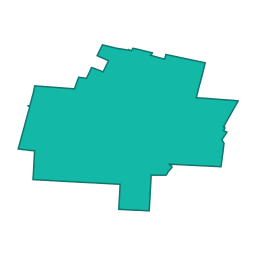 Dor Marunt, Calarasi, Romania, rotated 183°
{"feature_id": "2599482B33848106941365", "entity_name": "Dor Marunt", "entity_type": "district", "adm_level": 2, "iso_a3": "ROU", "parent_name": "Romania", "parent_adm1": "Calarasi", "projection": "robinson", "projection_center": [27.015, 44.463], "detail": "fine", "context": "isolated", "style": "filled", "palette": "teal", "viewbox_px": 256, "rotation_deg": 183, "n_neighbors": 0, "source": "geoboundaries", "source_scale": "gbopen_adm2", "svg_char_len": 3846}
<svg xmlns="http://www.w3.org/2000/svg" viewBox="0 0 256 256"><g transform="rotate(183 128 128)"><path d="M157.9,209.7L159.2,206.5L160.4,203.9L161.1,202.1L161.6,201.0L162.6,198.6L161.5,198.2L160.2,197.7L158.9,197.2L158.1,196.9L156.8,196.4L155.7,196.0L154.6,195.6L153.0,194.9L151.8,194.5L150.9,194.1L151.2,193.4L151.8,192.1L154.6,185.5L155.9,182.7L156.3,182.8L157.1,183.1L158.9,183.8L159.5,184.0L161.1,184.5L162.7,185.0L163.7,185.3L164.9,185.7L166.4,186.2L167.0,186.4L167.5,186.5L168.0,185.4L169.3,182.0L171.4,177.0L172.0,175.4L172.7,175.5L173.2,175.5L174.3,175.6L175.8,175.8L177.7,175.9L179.9,176.1L180.4,174.3L180.6,173.9L181.5,171.0L181.7,170.6L182.4,167.9L182.7,167.1L183.0,166.1L183.4,164.3L192.1,164.5L205.1,164.8L211.6,164.9L218.5,165.1L219.4,165.1L220.9,165.1L221.9,165.1L222.6,165.2L222.8,165.2L223.2,165.2L223.4,165.2L223.4,164.7L223.5,163.7L223.7,162.6L223.8,161.8L224.0,160.9L224.3,159.0L224.2,159.0L226.0,150.6L227.2,145.0L227.3,144.9L227.7,144.9L227.8,144.9L228.4,145.0L228.7,145.0L228.7,144.8L228.8,144.8L228.7,144.6L227.4,144.6L227.2,144.5L227.2,144.4L227.5,142.8L229.4,134.3L231.3,125.3L231.5,124.3L231.8,123.0L232.0,122.1L232.3,120.7L232.5,119.5L232.8,118.4L232.9,117.9L233.8,114.1L234.4,111.1L235.2,107.5L236.3,102.6L236.5,101.3L236.4,101.3L235.3,101.2L234.6,101.2L232.3,101.0L230.9,100.9L229.6,100.9L228.3,100.8L226.4,100.6L224.9,100.5L223.6,100.4L222.8,100.4L220.8,100.4L220.1,100.5L220.1,100.2L220.1,99.9L220.1,99.2L220.1,98.2L220.1,97.5L220.1,97.1L220.1,96.4L220.1,95.2L220.1,94.7L220.1,93.4L220.1,92.8L220.1,92.3L220.1,91.6L220.1,91.0L220.1,90.0L220.1,89.1L220.1,88.6L220.1,88.0L220.1,87.6L220.1,85.8L220.1,84.2L220.1,83.3L220.1,81.5L220.1,79.7L220.1,78.4L220.1,75.9L220.2,73.4L220.2,71.5L216.9,71.5L214.2,71.5L210.2,71.5L206.6,71.5L204.5,71.5L202.6,71.4L199.0,71.5L195.5,71.4L192.6,71.4L189.7,71.4L185.1,71.4L182.6,71.4L181.6,71.4L180.9,71.5L179.4,71.4L179.0,71.4L177.6,71.4L177.2,71.4L174.7,71.4L172.9,71.4L171.9,71.4L171.5,71.4L171.4,71.4L163.6,71.4L163.1,71.4L162.6,71.4L161.7,71.4L161.3,71.4L158.2,71.5L156.2,71.5L155.9,71.4L152.7,71.4L144.4,71.4L140.6,71.4L137.6,71.4L134.6,71.4L132.9,71.4L132.9,71.0L132.9,68.2L132.9,66.8L132.9,66.5L132.9,63.2L132.9,62.7L132.9,61.8L133.0,46.3L131.8,46.3L131.7,46.3L131.4,46.3L128.6,46.3L126.4,46.3L124.3,46.3L122.4,46.3L121.1,46.3L119.0,46.3L117.2,46.3L114.6,46.4L114.3,46.4L113.0,46.4L112.0,46.4L110.8,46.4L108.5,46.4L106.7,46.4L106.4,46.4L105.2,46.4L104.3,46.4L102.5,46.4L102.5,50.8L102.4,61.1L102.4,69.9L102.4,71.6L102.4,75.6L102.4,79.8L102.4,82.1L95.4,82.5L88.3,82.8L87.6,82.9L86.8,83.8L86.6,84.3L86.4,84.7L85.9,85.9L85.3,86.8L83.5,89.1L82.4,90.6L82.1,91.1L82.3,92.3L83.1,92.7L83.9,93.0L84.7,93.4L84.9,93.7L84.9,94.1L62.2,94.1L47.8,94.2L33.1,94.2L32.4,102.9L31.3,117.6L31.7,118.3L32.6,119.6L33.1,120.5L33.4,121.0L33.5,121.3L33.4,121.5L32.3,123.3L30.5,126.5L29.0,129.1L32.6,130.5L31.8,131.8L31.3,132.9L31.8,133.1L31.6,133.6L31.9,133.7L31.7,134.1L32.6,134.4L32.3,134.9L31.4,136.7L29.7,140.2L28.1,143.4L24.9,149.8L24.0,151.7L19.5,160.6L19.5,160.9L21.1,160.9L23.2,161.0L23.8,161.1L24.5,161.1L25.8,161.1L27.1,161.1L28.3,161.2L29.4,161.2L30.1,161.2L30.7,161.2L31.9,161.2L43.9,161.5L50.5,161.7L54.4,161.7L57.9,161.7L61.4,161.8L61.1,163.4L60.9,164.5L60.6,166.2L60.4,166.9L60.3,167.5L59.2,173.0L59.0,174.2L58.5,176.3L58.4,176.5L58.4,176.9L58.3,177.0L58.0,178.4L57.7,180.1L57.1,182.5L56.8,184.0L56.6,185.2L56.3,186.7L56.2,187.2L56.1,187.9L55.9,189.0L55.6,190.3L54.7,195.3L54.6,196.0L54.3,197.1L59.8,198.0L71.4,199.8L94.0,203.4L94.8,199.6L95.1,199.2L95.2,198.7L109.3,201.8L107.9,203.6L107.7,203.9L107.6,204.4L107.8,204.4L116.5,206.0L121.7,207.0L127.2,207.9L128.7,205.2L131.5,206.3L131.8,205.7L133.2,205.9L134.3,206.0L134.6,206.1L135.6,206.2L137.4,206.4L138.3,206.5L139.6,206.6L143.3,207.0L144.1,207.1L151.0,208.4L157.9,209.7Z" fill="#14b8a6" stroke="#0f766e" stroke-width="1.5"/></g></svg>